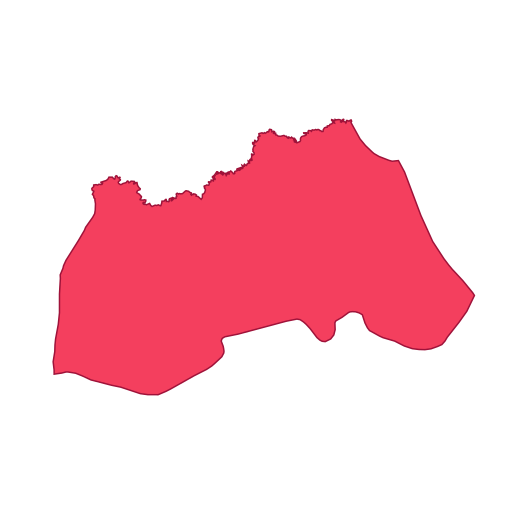 Phrai Bueng, Si Sa Ket, Thailand (orthographic projection), rotated 264°
{"feature_id": "78962969B56904168691236", "entity_name": "Phrai Bueng", "entity_type": "district", "adm_level": 2, "iso_a3": "THA", "parent_name": "Thailand", "parent_adm1": "Si Sa Ket", "projection": "orthographic", "projection_center": [104.4, 14.768], "detail": "fine", "context": "isolated", "style": "filled", "palette": "rose", "viewbox_px": 512, "rotation_deg": 264, "n_neighbors": 0, "source": "geoboundaries", "source_scale": "gbopen_adm2", "svg_char_len": 6144}
<svg xmlns="http://www.w3.org/2000/svg" viewBox="0 0 512 512"><g transform="rotate(264 256 256)"><path d="M193.9,469.1L196.6,467.8L210.0,459.0L222.2,449.8L227.0,446.6L233.8,442.5L252.0,433.2L279.1,424.2L324.0,412.5L336.0,407.6L336.0,401.3L337.3,398.1L342.1,388.8L345.5,384.1L347.2,382.5L354.4,376.4L361.5,371.7L377.6,364.9L379.3,364.4L380.0,365.2L381.3,364.9L381.3,364.1L380.3,362.5L381.1,361.4L381.3,360.2L380.0,360.1L378.9,359.3L380.1,358.7L380.6,356.9L381.2,356.9L382.3,357.6L382.8,357.4L382.8,356.9L382.2,355.9L380.6,355.5L380.1,354.8L380.6,354.1L381.9,354.8L382.8,353.7L383.1,352.2L383.0,349.9L383.6,348.9L382.3,348.5L382.2,348.2L382.8,347.7L383.7,345.5L382.9,345.4L380.4,347.9L380.0,348.0L380.7,346.3L379.6,345.3L379.1,343.3L378.0,342.6L377.9,340.5L376.6,340.2L376.7,338.8L376.3,337.5L374.6,336.1L372.9,335.7L372.9,334.4L373.9,333.5L374.1,332.5L375.0,331.9L375.4,330.9L375.0,329.6L375.6,328.6L375.1,327.0L375.6,325.1L374.2,324.2L374.9,323.5L375.3,321.5L374.6,320.8L372.7,320.8L373.3,319.0L373.5,316.3L373.1,316.3L372.6,316.8L372.3,318.7L371.2,318.7L370.5,317.2L370.4,315.4L369.9,313.8L368.8,312.8L367.7,312.4L366.3,312.4L365.3,311.8L364.3,308.5L364.6,308.0L366.0,308.2L366.5,308.0L366.3,307.4L365.2,306.7L365.5,306.1L366.8,306.1L367.3,307.0L367.9,307.4L368.2,307.2L368.3,306.8L367.6,306.0L367.7,305.6L369.1,306.2L369.3,304.8L370.5,303.8L369.8,303.1L369.8,302.6L371.0,301.0L370.9,300.6L369.9,300.8L369.7,300.4L370.6,299.3L371.9,298.8L372.1,297.4L373.0,296.4L372.5,292.9L372.9,290.6L374.1,289.4L374.4,288.3L375.9,288.4L375.8,286.9L376.3,286.2L376.9,286.4L377.1,287.5L377.8,287.4L378.3,286.2L377.9,284.8L380.0,284.6L380.6,282.9L380.0,282.2L378.3,281.7L378.1,281.3L378.5,280.2L377.8,279.5L377.1,278.0L377.8,277.2L377.2,276.3L377.2,275.7L377.9,274.9L377.4,271.7L375.5,271.6L375.0,272.5L374.5,272.2L374.5,271.1L374.0,270.4L373.2,270.2L372.4,270.8L371.3,270.3L369.5,268.4L369.8,267.8L371.0,267.3L371.1,266.8L368.9,266.6L368.5,266.3L368.6,265.8L369.4,265.0L369.1,264.5L368.3,264.4L367.2,264.8L365.8,266.5L365.2,265.2L362.4,264.0L361.5,264.2L360.6,263.8L359.0,264.8L357.3,264.7L356.8,263.6L357.9,262.6L357.9,262.3L357.0,262.1L356.2,262.5L354.7,261.8L353.8,261.9L352.8,260.6L352.5,261.9L351.8,262.1L351.4,261.0L352.2,260.0L350.7,259.3L351.4,258.2L350.1,258.3L349.5,259.3L349.1,259.3L348.9,257.7L348.5,256.8L347.4,256.2L347.0,255.6L348.5,254.1L347.8,253.6L346.5,253.6L346.6,252.8L347.6,251.6L346.5,251.8L345.6,252.4L344.9,252.2L344.5,251.5L345.4,250.8L345.5,249.9L344.7,249.6L344.0,250.0L342.9,248.6L343.2,247.7L345.1,248.4L344.6,246.2L344.2,246.0L342.9,246.3L342.3,243.8L341.7,243.5L340.4,243.5L340.0,242.8L340.2,242.0L341.1,241.7L343.2,239.8L342.5,239.0L342.4,237.4L340.8,238.0L340.3,237.8L340.8,236.6L341.9,236.6L341.6,235.6L341.1,235.4L340.4,235.8L339.2,234.8L341.4,234.2L341.2,232.3L340.2,231.7L340.2,231.3L341.0,231.3L341.8,232.5L342.4,232.5L342.6,232.0L341.7,230.7L343.3,230.9L343.7,230.6L343.6,229.7L341.9,229.3L343.1,227.3L342.5,226.8L341.9,227.0L341.5,225.4L342.4,225.2L342.5,226.0L343.3,226.5L343.8,226.4L343.9,225.8L341.2,223.5L340.3,223.7L340.4,222.7L339.4,222.7L339.9,221.8L339.3,220.9L338.7,220.9L338.2,221.6L337.4,221.5L337.2,222.2L337.8,222.6L337.8,223.0L337.1,223.4L336.4,223.3L336.6,221.5L335.2,221.4L336.2,219.4L334.4,218.7L334.7,216.6L334.0,216.5L333.5,217.3L331.9,216.8L331.3,216.3L331.8,214.3L331.2,213.2L331.1,211.9L330.2,211.6L329.5,212.1L328.6,211.9L327.7,212.6L326.3,212.4L324.3,211.5L323.3,210.4L323.0,209.2L319.5,208.7L318.1,207.4L321.2,204.6L321.8,202.7L322.9,203.1L323.9,201.9L324.3,200.4L323.7,200.0L324.0,199.1L323.2,198.3L324.0,197.6L325.2,198.4L325.5,198.3L326.3,196.7L327.4,195.8L328.2,193.3L328.0,192.6L325.7,189.4L325.7,187.4L326.1,186.4L325.8,185.3L326.6,184.5L326.6,183.9L325.9,183.1L323.5,183.4L323.1,182.7L321.7,182.5L321.6,181.9L322.8,179.3L322.4,179.2L321.3,179.9L319.7,177.9L319.8,177.5L320.2,177.4L321.8,178.2L322.5,178.0L322.0,176.0L321.2,175.5L319.6,175.4L319.1,174.9L319.6,173.8L319.6,172.5L321.6,172.6L321.7,172.0L320.2,170.3L320.4,168.2L318.6,167.8L316.0,166.6L316.0,166.0L317.1,164.2L316.6,162.6L317.1,161.0L316.1,157.8L317.3,156.6L319.4,155.7L318.4,152.4L319.0,151.4L319.0,150.1L319.5,149.4L320.4,149.1L320.9,149.4L321.1,150.0L320.6,150.6L320.6,151.1L321.8,152.0L323.1,152.3L323.6,151.0L323.4,149.5L323.8,147.1L324.1,146.6L324.5,146.6L325.9,148.0L327.1,148.3L329.9,146.2L331.2,144.3L331.8,144.0L333.4,145.0L334.1,147.6L335.0,147.9L336.2,146.8L338.6,145.6L341.5,145.3L341.5,144.5L340.5,142.8L340.5,141.9L341.0,141.9L342.2,143.1L342.9,142.8L343.5,139.6L342.1,137.3L343.9,136.5L344.0,135.9L342.5,134.4L342.0,131.3L341.2,129.6L341.2,128.6L342.5,127.0L343.4,126.7L344.3,127.0L345.7,129.0L346.1,129.1L346.9,128.2L348.4,129.0L348.6,128.7L348.2,127.7L348.3,126.9L350.2,126.0L350.5,125.3L349.7,124.4L348.2,124.1L347.2,123.5L347.7,122.6L349.4,121.4L349.8,118.0L348.1,116.9L346.8,115.1L345.6,109.5L345.1,109.5L344.4,111.0L343.3,110.3L343.3,108.8L343.8,107.3L343.1,106.0L343.7,104.4L343.6,102.0L341.9,101.8L340.6,100.0L339.9,99.7L338.2,100.1L337.6,101.4L337.0,101.4L334.5,99.7L332.9,100.8L330.8,100.9L329.6,101.9L328.8,101.6L324.7,101.8L318.4,100.9L315.0,100.0L311.5,97.6L302.4,89.6L299.4,88.0L289.9,81.0L271.6,66.6L266.5,63.6L263.9,62.7L257.7,59.3L254.1,59.1L238.8,56.6L220.0,54.6L208.6,52.2L194.4,48.0L188.6,46.8L182.0,45.9L172.0,43.2L163.9,43.3L159.6,42.9L159.9,50.7L160.5,54.8L160.3,56.9L158.3,64.3L155.1,70.4L150.0,78.9L142.5,99.0L139.7,107.8L131.2,126.6L129.4,134.0L128.3,144.2L130.8,152.3L132.7,157.2L143.3,181.7L148.4,195.0L151.3,200.6L154.0,204.4L159.4,211.5L162.9,213.8L164.7,214.2L167.7,214.1L169.7,213.9L175.1,212.5L177.6,213.8L178.9,216.5L180.2,230.0L188.0,279.3L189.0,290.1L188.1,293.2L185.5,296.3L183.0,298.6L178.2,302.2L168.5,308.1L165.7,310.7L164.3,312.8L163.6,315.9L165.7,321.6L169.3,325.1L174.4,327.0L181.4,327.5L183.1,328.6L186.0,335.1L190.1,342.1L190.6,343.6L190.6,346.0L190.1,349.2L188.6,352.7L186.5,355.6L178.0,357.4L173.0,359.3L170.0,361.1L163.4,370.6L161.5,373.8L156.9,385.0L151.0,394.1L147.5,401.8L146.0,408.3L145.2,414.2L145.4,420.3L147.1,427.3L148.5,431.6L151.6,435.0L155.2,437.7L168.9,451.0L179.0,459.9L193.9,469.1Z" fill="#f43f5e" stroke="#9f1239" stroke-width="1.5"/></g></svg>